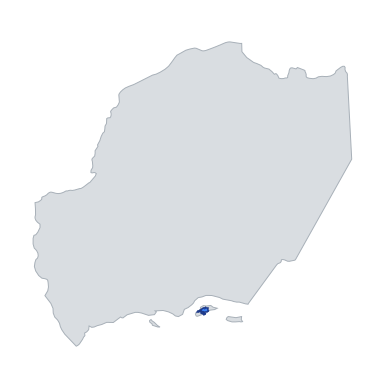 Kati, Zanzibar South and Central, United Republic of Tanzania (highlighted), rotated 87°
{"feature_id": "72390352B68738670078554", "entity_name": "Kati", "entity_type": "district", "adm_level": 2, "iso_a3": "TZA", "parent_name": "United Republic of Tanzania", "parent_adm1": "Zanzibar South and Central", "projection": "robinson", "projection_center": [39.392, -6.207], "detail": "fine", "context": "in_parent", "style": "filled", "palette": "blue", "viewbox_px": 384, "rotation_deg": 87, "n_neighbors": 0, "source": "geoboundaries", "source_scale": "gbopen_adm2", "svg_char_len": 5891}
<svg xmlns="http://www.w3.org/2000/svg" viewBox="0 0 384 384"><g transform="rotate(87 192 192)"><path d="M140.1,283.9L135.8,281.3L131.8,279.8L128.6,278.0L127.2,276.3L124.2,275.7L121.6,275.4L119.1,273.8L114.2,273.3L113.6,272.2L113.5,269.9L112.7,269.3L110.9,268.7L108.9,268.7L107.7,269.1L107.0,268.9L105.4,267.5L103.9,265.8L103.3,263.0L101.1,261.2L98.4,259.8L91.2,260.0L90.0,259.5L88.3,258.1L86.3,255.8L84.6,253.1L83.2,249.5L81.7,244.7L73.2,225.3L72.4,221.6L70.7,217.5L68.0,212.5L65.2,208.8L61.3,205.5L57.0,202.1L54.6,199.9L50.1,190.7L49.1,186.5L48.4,182.0L48.7,180.3L51.5,174.5L51.7,172.9L51.4,170.8L50.0,166.2L48.2,160.7L44.6,150.7L44.1,148.1L44.1,146.2L46.2,136.0L46.2,134.6L54.5,134.8L60.6,130.3L65.9,123.6L67.0,120.8L69.1,116.6L71.2,114.4L72.0,113.0L73.3,108.7L76.0,105.8L78.7,103.6L78.2,102.0L78.6,101.4L80.1,100.3L82.9,99.2L83.5,97.0L83.5,94.5L83.0,93.0L83.1,91.4L82.7,90.5L80.8,90.3L78.0,89.0L75.6,88.5L74.0,87.7L73.4,87.2L73.2,85.6L74.5,81.7L73.2,80.2L76.1,73.7L76.6,72.9L77.6,72.8L79.3,72.1L80.9,71.8L82.1,72.0L83.1,71.8L83.9,71.0L84.6,68.8L85.2,65.1L84.8,62.2L83.6,59.8L83.3,56.3L83.8,51.6L83.4,47.7L82.1,44.5L80.7,42.7L78.6,41.8L75.3,37.0L74.3,34.7L74.5,33.2L75.6,32.6L77.7,32.8L79.7,32.3L81.5,30.9L83.3,30.6L84.2,30.8L167.6,30.8L265.1,92.3L265.5,93.1L266.3,98.4L266.1,100.2L264.6,103.2L264.2,104.8L264.2,105.9L264.5,106.3L265.8,106.5L266.9,107.2L267.3,107.8L268.1,110.1L269.2,111.3L306.2,141.5L307.0,141.9L306.5,144.4L304.4,150.6L304.3,153.1L303.5,156.2L302.7,158.1L300.6,166.8L298.8,170.0L296.4,177.6L296.0,183.4L297.3,187.5L297.8,191.3L300.7,195.0L302.9,196.3L304.5,198.0L307.2,201.9L308.8,205.8L313.7,207.8L315.7,212.1L314.9,215.1L312.7,217.6L310.5,221.7L308.8,227.0L308.8,235.1L309.9,233.9L312.5,235.9L312.9,241.9L310.2,248.8L309.4,252.1L309.2,254.9L311.2,263.2L314.1,267.5L313.9,268.8L313.1,269.9L318.2,277.4L317.7,284.0L319.6,289.1L320.5,293.5L321.7,296.8L321.9,299.2L320.4,301.8L324.1,302.4L326.2,304.5L327.2,306.6L329.9,306.5L331.3,307.9L333.4,309.0L337.9,312.4L339.2,314.1L339.9,315.7L327.3,326.5L322.8,329.2L319.6,330.5L316.1,331.2L312.8,332.9L309.7,335.6L305.7,336.9L300.9,336.9L295.8,338.8L287.8,344.3L283.1,341.2L279.4,340.3L275.2,340.4L272.6,340.7L271.7,341.4L270.9,343.3L270.2,346.4L267.5,349.4L262.7,352.2L258.2,353.3L254.1,352.5L251.3,351.4L249.9,349.7L247.8,348.9L245.0,349.1L242.3,350.3L239.7,352.5L235.6,353.4L230.0,353.1L227.0,352.1L226.5,350.2L224.1,348.1L219.5,345.6L216.2,345.5L214.1,347.9L212.1,349.4L210.4,350.0L208.8,350.1L206.5,349.4L200.3,349.2L194.4,349.3L193.8,345.8L192.5,343.7L191.5,342.5L189.4,342.2L188.9,341.2L188.2,339.0L187.2,337.2L185.8,335.7L185.0,334.3L184.7,333.0L185.0,331.6L186.2,328.0L186.6,325.6L186.4,323.1L185.7,320.6L184.3,317.6L184.5,316.7L184.0,314.6L183.9,313.2L184.2,311.4L183.9,309.0L182.7,304.0L182.7,302.7L181.4,300.2L177.4,294.4L177.3,293.7L171.1,287.8L168.6,286.6L167.7,287.7L167.4,288.7L167.7,290.5L167.5,291.5L167.3,291.9L165.8,291.8L164.9,291.6L162.6,290.0L160.7,289.7L156.2,289.9L154.6,290.3L153.4,289.9L151.0,287.3L148.2,286.7L145.7,286.6L141.5,283.5L140.1,283.9ZM314.3,186.6L316.4,193.0L316.1,194.2L314.7,194.9L313.9,195.0L313.0,193.9L312.4,191.8L311.3,192.3L309.5,189.7L307.6,189.6L306.0,186.5L306.6,183.8L306.3,179.2L308.2,176.9L309.4,172.9L310.6,175.6L310.9,179.8L312.7,184.8L314.3,186.6ZM324.1,148.3L324.3,149.9L323.9,151.3L324.0,155.8L323.8,158.9L322.3,163.1L321.1,164.5L319.9,164.1L319.0,163.4L318.3,162.3L319.8,154.6L319.0,149.0L321.9,149.5L324.1,148.3ZM320.0,240.8L318.6,241.2L318.0,240.9L317.2,239.6L318.7,238.5L320.2,236.5L323.6,233.4L325.2,231.0L325.0,233.3L323.0,238.5L321.4,238.9L320.0,240.8Z" fill="#d9dde1" stroke="#a8b0b8" stroke-width="1"/><path d="M308.6,182.1L308.6,182.3L308.7,182.7L308.8,182.8L308.7,182.9L308.6,183.0L308.5,183.3L308.5,183.5L308.5,183.8L308.5,184.0L308.5,184.3L308.4,184.6L308.5,184.7L308.4,184.7L308.5,184.8L308.4,184.8L308.5,184.9L308.4,184.9L308.4,185.0L308.4,185.3L308.4,185.5L308.3,185.8L308.4,186.0L308.5,186.1L308.6,186.4L308.5,186.5L308.4,186.6L308.5,186.8L308.7,187.1L308.7,187.4L308.8,187.5L309.1,187.8L309.3,188.0L309.4,188.4L309.4,188.5L309.5,188.5L309.6,188.8L309.9,188.9L309.9,189.0L310.0,189.2L310.1,189.4L310.1,189.5L310.2,189.9L310.3,190.1L310.4,190.4L310.5,190.6L310.5,190.4L310.8,190.5L310.9,190.8L311.0,190.8L311.1,191.0L311.1,191.3L311.2,191.2L311.2,190.9L311.3,190.8L311.2,190.8L311.2,191.0L311.3,190.9L311.3,191.0L311.3,191.3L311.4,191.5L311.5,191.8L311.4,191.9L311.4,192.0L311.4,192.3L311.5,192.3L311.8,192.4L311.8,192.5L311.9,192.8L311.9,193.0L312.0,193.1L312.0,192.9L312.1,192.7L312.1,192.4L312.2,192.1L312.2,191.9L312.2,191.7L312.0,191.4L311.9,191.4L311.9,191.2L311.7,191.0L311.6,190.9L311.5,190.7L311.4,190.6L311.4,190.4L311.5,190.4L311.5,188.9L312.5,188.9L312.5,189.2L313.5,189.2L313.5,188.9L313.6,188.6L314.3,187.5L314.5,187.0L314.4,187.0L314.4,186.9L314.2,187.0L313.9,187.2L313.9,186.9L313.8,187.0L313.8,186.9L313.8,186.6L313.8,186.4L313.7,186.5L313.7,186.8L313.4,186.9L313.4,187.0L313.5,187.0L313.4,187.0L313.5,187.1L313.4,187.1L313.2,187.2L313.3,187.3L313.2,187.5L313.3,187.4L313.2,187.2L313.0,186.8L313.0,186.7L312.9,186.7L312.8,186.8L312.7,186.8L312.7,187.0L312.6,186.9L312.5,187.0L312.4,187.0L312.2,187.0L312.0,187.3L312.0,187.2L312.3,186.8L312.4,186.7L312.5,186.6L312.8,186.5L312.8,186.3L312.8,186.1L312.7,185.8L312.5,185.6L312.5,185.4L312.5,185.2L312.5,184.8L312.5,184.7L312.5,184.3L312.5,184.0L312.5,183.7L312.6,183.2L312.4,183.1L312.5,183.1L312.4,183.1L312.2,183.0L312.1,182.9L312.0,182.7L311.9,182.6L312.0,182.6L312.0,182.4L311.9,182.0L311.8,181.9L311.7,181.9L311.7,182.0L310.1,182.3L309.9,182.3L309.6,182.2L309.0,182.1L308.6,182.1ZM315.2,186.6L315.2,186.4L315.1,186.1L315.0,185.9L314.9,185.9L314.8,185.5L314.8,185.3L314.7,185.2L314.3,185.0L314.2,185.0L314.2,185.3L314.2,185.5L314.1,185.8L314.3,185.8L314.3,185.7L314.4,185.8L314.5,186.1L314.5,186.4L314.5,186.5L315.2,186.6Z" fill="#3b82f6" stroke="#1e3a8a" stroke-width="1.5"/></g></svg>